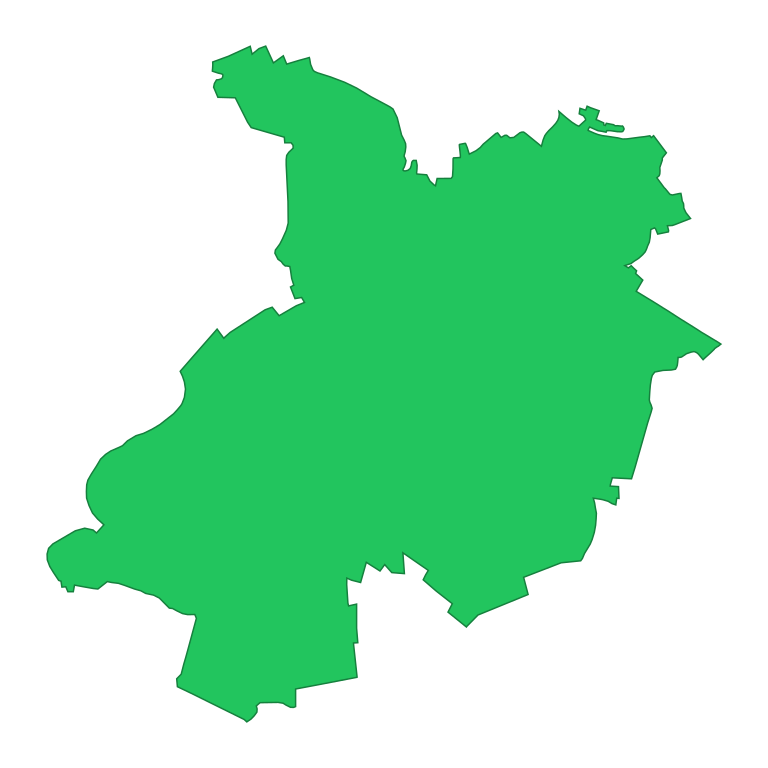 outline of Ha Dong, Ha Noi, Vietnam
{"feature_id": "81297802B46977673973725", "entity_name": "Ha Dong", "entity_type": "district", "adm_level": 2, "iso_a3": "VNM", "parent_name": "Vietnam", "parent_adm1": "Ha Noi", "projection": "robinson", "projection_center": [105.762, 20.954], "detail": "fine", "context": "isolated", "style": "filled", "palette": "green", "viewbox_px": 768, "rotation_deg": 0, "n_neighbors": 0, "source": "geoboundaries", "source_scale": "gbopen_adm2", "svg_char_len": 5865}
<svg xmlns="http://www.w3.org/2000/svg" viewBox="0 0 768 768"><path d="M246.8,721.9L251.0,719.1L254.2,715.8L256.9,712.1L257.1,708.9L256.3,705.9L260.0,702.7L264.4,702.6L278.1,702.4L283.1,703.2L285.9,705.0L288.3,706.2L290.5,707.3L293.6,707.4L295.6,706.6L295.6,691.0L295.6,689.0L316.3,685.1L357.0,677.3L357.1,677.2L353.7,645.5L353.5,643.0L357.8,642.7L356.6,628.2L356.6,604.1L348.6,605.9L347.9,603.1L346.7,584.6L346.8,578.1L351.6,580.2L360.6,582.5L366.3,562.3L380.0,571.0L384.7,564.6L391.8,572.6L404.4,573.6L402.9,552.8L428.3,570.4L425.6,574.9L423.2,579.8L435.9,590.8L452.3,603.7L448.0,612.1L466.4,627.0L466.9,626.3L478.0,615.0L528.1,594.5L523.6,577.3L561.1,562.8L580.7,560.8L582.4,558.5L584.5,553.5L587.3,548.9L590.2,544.1L592.1,539.6L594.3,532.4L595.6,525.2L596.1,519.0L596.4,513.3L595.4,508.0L594.6,502.9L593.3,498.2L600.2,499.2L602.8,499.7L608.2,501.3L612.0,503.6L615.8,504.9L616.7,498.2L619.0,498.4L618.5,486.6L610.2,486.1L610.4,484.5L612.3,477.8L631.5,478.8L635.1,467.1L647.7,422.8L651.2,411.8L652.1,408.3L651.1,405.0L649.8,402.1L649.3,399.8L649.8,391.3L650.4,384.7L651.4,378.4L652.3,375.3L654.8,372.0L663.0,370.4L671.4,370.0L675.5,369.2L676.7,367.0L677.3,365.3L677.7,362.2L678.1,357.4L679.9,357.4L681.6,357.0L686.5,353.7L691.2,352.1L693.8,351.6L695.2,351.9L697.2,353.0L698.5,354.2L703.1,359.7L704.4,358.4L709.6,353.7L710.5,352.9L714.3,349.2L714.6,348.6L715.5,348.0L717.0,346.9L718.3,346.2L720.9,344.1L718.5,342.5L704.6,334.1L702.0,332.6L697.1,329.4L687.4,323.3L680.3,318.9L669.8,312.1L669.2,311.7L668.6,311.3L664.4,308.7L663.9,308.4L663.5,308.2L662.0,307.2L653.2,301.7L645.8,297.2L638.1,292.5L636.2,291.3L642.8,280.1L635.6,273.5L636.6,270.8L633.8,268.3L631.2,265.7L628.4,267.9L624.8,265.6L627.1,264.8L630.9,263.6L634.6,260.9L636.9,259.5L637.6,259.0L638.8,258.2L642.7,254.7L645.1,252.0L646.3,249.6L647.0,247.8L647.4,246.5L649.3,242.2L650.1,237.7L650.8,229.5L654.6,227.9L655.7,229.1L657.7,234.1L668.4,231.9L668.6,230.5L667.4,225.7L672.2,225.5L674.7,224.7L690.5,218.5L685.9,212.6L683.8,208.1L683.7,205.3L683.5,203.6L682.2,201.0L682.0,199.5L681.7,197.6L681.3,195.4L680.9,193.4L679.4,193.5L673.7,194.7L672.4,195.0L669.9,194.3L665.1,188.5L664.5,188.1L657.4,178.5L656.8,177.8L659.2,175.7L659.8,173.9L660.0,170.8L659.8,167.5L661.0,164.0L662.3,160.1L662.3,158.0L666.4,152.8L653.6,135.7L651.3,137.6L649.9,135.8L644.3,136.7L639.7,137.2L626.9,138.9L623.3,139.0L622.5,139.0L617.9,137.9L606.1,136.1L605.0,136.0L602.2,135.6L597.8,134.5L594.1,133.1L593.9,133.0L590.7,131.6L588.1,130.4L588.3,129.2L588.8,128.3L589.6,127.0L595.0,129.4L598.0,130.7L601.8,131.3L606.1,132.2L606.9,130.6L610.7,130.7L617.4,131.7L621.4,131.8L622.7,131.5L623.5,130.3L624.1,129.0L623.4,127.1L622.5,126.0L621.4,126.1L617.5,125.7L615.1,125.8L613.6,124.7L606.3,123.3L605.3,125.5L603.8,124.9L603.7,122.9L598.2,120.4L596.1,119.6L599.2,110.8L590.5,107.7L587.1,106.2L586.6,107.6L585.7,110.2L580.0,108.3L579.3,113.2L579.2,113.8L583.5,115.8L585.5,118.8L585.6,120.1L584.3,121.3L578.9,126.2L576.4,125.1L571.9,122.2L566.1,117.6L558.9,111.4L559.3,114.2L558.9,117.4L557.8,120.3L555.8,123.3L552.6,126.9L548.7,130.7L546.3,133.5L544.8,135.7L543.1,140.0L541.8,144.9L541.4,146.3L525.7,133.5L523.7,132.1L521.9,132.1L520.0,132.7L513.8,137.4L509.9,137.8L506.7,135.3L504.9,135.3L501.1,137.4L497.6,132.9L495.8,133.5L483.2,144.2L480.3,147.5L475.9,150.8L469.3,154.1L468.6,152.1L467.2,147.5L466.5,145.8L465.6,143.6L465.2,143.3L459.6,144.4L459.3,144.8L459.5,147.2L459.7,148.9L460.0,151.5L460.4,155.6L460.3,157.5L453.5,157.9L453.1,158.7L453.0,169.0L452.5,176.6L451.2,178.4L437.1,178.5L435.5,185.8L434.0,184.9L429.9,181.0L426.7,174.8L416.9,174.0L416.6,173.0L417.0,168.8L417.1,165.2L416.2,160.4L413.4,160.4L412.6,161.0L411.8,162.2L411.2,165.8L410.2,168.5L407.9,170.3L405.1,171.0L403.6,170.7L403.1,170.3L403.1,169.1L404.3,167.0L405.5,163.3L406.0,160.7L404.8,157.6L404.1,156.4L404.2,155.3L405.2,151.7L405.8,147.0L405.6,143.7L404.2,140.2L401.6,135.1L400.0,128.8L397.2,117.7L393.0,109.0L390.0,106.9L382.4,102.8L370.9,96.7L356.7,88.1L344.7,82.3L330.4,76.9L321.9,74.2L320.4,73.7L317.7,72.9L314.5,71.5L313.1,70.2L312.5,69.0L310.6,64.4L309.7,59.0L309.3,57.5L306.3,58.4L299.3,60.3L290.3,63.0L286.7,64.1L283.3,55.8L273.4,62.9L265.7,46.1L259.0,48.6L252.1,54.2L250.2,46.3L228.3,56.3L212.7,62.0L212.8,64.6L212.8,64.9L212.7,66.6L212.6,68.3L212.4,70.3L212.4,71.2L218.2,73.1L221.4,73.8L222.7,74.5L222.9,75.6L222.5,77.5L221.6,78.7L219.0,79.6L216.5,79.9L214.4,83.5L213.6,87.2L215.0,90.4L217.9,97.3L235.3,97.8L247.6,122.2L251.2,127.6L284.3,137.2L284.8,142.8L291.2,142.8L293.1,145.4L293.1,148.2L288.8,152.3L286.7,155.4L286.2,159.5L286.2,164.9L288.0,201.6L288.2,223.1L286.3,230.3L282.5,238.8L279.9,243.9L277.3,247.5L275.4,250.0L274.9,253.2L278.0,259.3L281.3,261.6L283.2,264.2L285.3,266.0L287.0,266.0L289.8,266.5L290.5,270.1L291.7,278.5L293.8,285.2L290.5,287.0L295.0,298.6L301.6,297.5L304.5,302.4L296.4,305.7L279.1,315.7L272.2,307.2L265.1,309.8L230.2,332.4L224.8,337.2L223.8,338.3L217.1,329.1L192.2,357.5L180.2,371.3L182.5,376.2L184.4,381.9L185.5,389.1L184.4,397.4L182.1,403.5L180.9,405.5L177.2,409.9L173.6,413.8L165.2,420.4L160.0,424.5L152.1,429.2L143.5,433.4L136.0,435.7L127.5,440.8L122.5,445.7L119.2,447.3L110.9,450.9L105.6,454.4L100.6,459.1L96.4,466.2L91.5,473.8L87.9,480.1L86.7,484.8L86.4,491.5L86.6,498.1L89.0,505.5L92.5,513.0L97.7,519.1L103.9,524.8L96.5,533.0L93.1,530.0L84.7,528.2L75.3,530.8L52.9,543.9L48.8,548.1L48.6,548.4L47.1,554.0L47.3,559.9L49.8,566.5L53.4,572.4L58.7,580.4L61.0,581.2L61.9,587.1L65.8,586.8L67.9,591.7L73.3,591.7L74.5,585.1L83.0,586.7L93.3,588.5L97.9,589.0L99.8,587.5L107.3,581.6L111.7,582.5L118.4,583.3L124.7,585.4L134.5,589.0L140.9,590.8L145.6,593.4L153.5,595.1L159.3,598.0L169.3,608.1L172.6,608.5L176.8,610.8L182.6,613.6L187.6,614.6L194.8,614.5L196.4,618.3L188.1,648.9L185.7,657.6L183.8,664.1L181.2,674.2L176.7,678.8L177.4,686.7L191.0,693.2L244.2,719.5L246.8,721.9Z" fill="#22c55e" stroke="#15803d" stroke-width="1.5"/></svg>